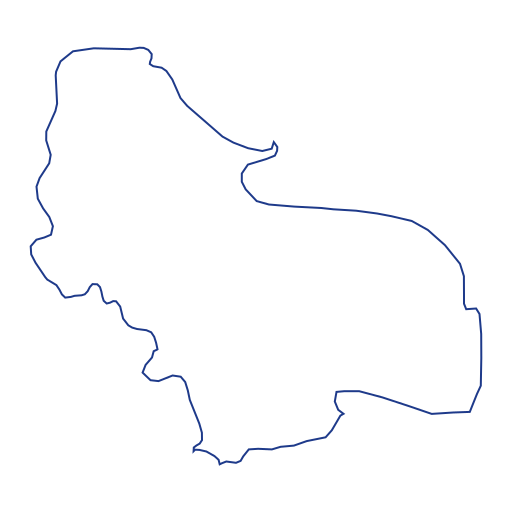 the Canton of Una-Sana
{"feature_id": "BIH-2225", "entity_name": "Una-Sana", "entity_type": "Canton", "adm_level": 1, "iso_a3": "BIH", "parent_name": "Bosnia and Herzegovina", "parent_adm1": "", "projection": "robinson", "projection_center": [16.171, 44.785], "detail": "fine", "context": "isolated", "style": "outline", "palette": "blue", "viewbox_px": 512, "rotation_deg": 0, "n_neighbors": 0, "source": "natural_earth", "source_scale": "10m", "svg_char_len": 1989}
<svg xmlns="http://www.w3.org/2000/svg" viewBox="0 0 512 512"><path d="M262.3,151.0L271.7,148.7L273.8,142.1L275.1,143.9L277.3,147.0L277.1,150.8L274.9,155.6L266.1,159.1L247.9,164.6L241.8,173.5L241.8,181.8L245.7,189.4L256.7,201.1L268.9,204.5L294.3,206.6L321.3,208.0L333.4,209.3L356.1,210.7L377.1,213.5L391.4,216.2L411.8,221.0L427.9,230.0L445.0,245.2L460.0,263.8L463.9,276.2L464.0,295.4L464.0,303.7L466.2,309.2L476.1,308.5L479.5,314.0L481.2,334.0L481.3,358.1L480.8,385.7L477.0,393.9L473.1,403.6L469.8,411.9L453.2,412.5L431.7,413.9L409.5,406.3L382.4,397.4L359.2,391.2L344.2,391.2L336.5,391.9L334.8,401.5L338.2,409.8L343.5,413.8L340.4,415.6L331.8,430.3L325.6,437.3L306.7,441.1L293.9,445.6L280.6,446.8L271.9,449.4L258.1,448.8L248.8,449.4L243.2,456.4L240.6,460.9L236.0,462.8L226.3,461.5L222.0,463.2L219.7,464.3L218.6,459.8L214.5,456.1L206.4,451.5L199.4,449.9L195.1,449.7L193.6,451.2L193.8,447.5L196.4,445.5L199.7,443.6L202.0,440.1L201.9,432.7L199.3,423.6L189.8,399.9L187.8,390.4L185.2,382.0L180.7,376.7L172.6,375.5L158.5,381.1L150.5,380.2L142.6,372.6L145.6,364.9L152.0,357.5L153.7,351.2L156.9,349.7L157.5,349.3L156.1,342.8L154.2,336.8L151.2,332.3L146.4,330.2L137.0,329.0L132.2,327.6L128.3,325.3L123.1,318.6L120.2,306.6L116.1,301.3L113.2,301.1L110.0,302.7L106.7,303.5L103.7,300.8L102.4,296.6L101.4,291.6L100.0,287.1L97.3,284.3L92.5,284.1L89.8,287.1L87.7,291.2L84.8,294.3L81.5,295.3L74.6,295.8L70.9,296.9L65.2,297.6L61.9,294.4L59.4,289.6L56.4,285.1L47.3,279.6L45.2,277.1L35.5,262.7L31.2,254.4L30.7,246.3L36.4,239.7L44.3,237.5L51.0,234.7L52.9,226.2L49.3,217.0L43.1,208.4L37.8,198.7L36.5,186.6L37.8,183.1L39.6,178.1L49.2,163.3L50.7,154.8L46.2,140.4L46.3,131.5L55.4,111.0L57.1,103.6L55.7,75.4L56.1,71.7L60.5,61.4L64.4,58.2L73.0,51.3L93.8,48.3L130.7,49.2L139.5,47.7L143.7,47.9L148.3,49.9L151.7,54.1L151.5,58.3L150.1,61.8L149.8,64.0L153.2,66.2L161.6,67.7L166.4,71.0L172.3,79.5L180.5,98.1L187.2,105.9L222.5,136.6L233.4,142.6L248.1,148.2L262.3,151.0Z" fill="none" stroke="#1e3a8a" stroke-width="2"/></svg>